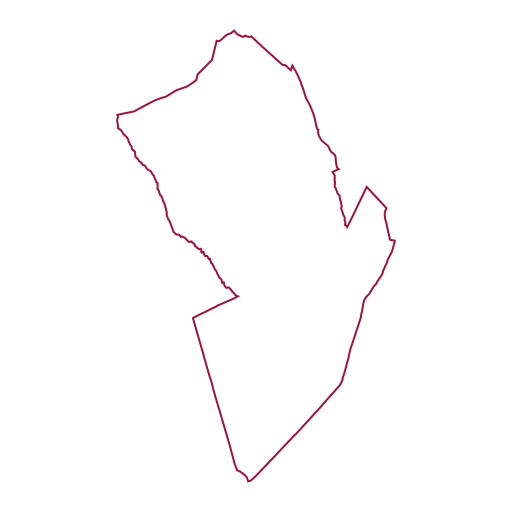 outline of Wajir West, North-Eastern, Kenya
{"feature_id": "3690345B86127058354537", "entity_name": "Wajir West", "entity_type": "district", "adm_level": 2, "iso_a3": "KEN", "parent_name": "Kenya", "parent_adm1": "North-Eastern", "projection": "equal_earth", "projection_center": [39.437, 1.649], "detail": "fine", "context": "isolated", "style": "outline", "palette": "rose", "viewbox_px": 512, "rotation_deg": 0, "n_neighbors": 0, "source": "geoboundaries", "source_scale": "gbopen_adm2", "svg_char_len": 6060}
<svg xmlns="http://www.w3.org/2000/svg" viewBox="0 0 512 512"><path d="M117.4,114.8L117.7,115.7L118.0,116.9L117.4,118.8L117.2,120.4L117.2,121.3L117.3,122.1L117.9,124.9L118.0,125.5L118.0,127.5L118.2,128.4L118.4,128.6L119.5,129.1L120.8,129.9L121.0,130.1L122.5,132.4L123.4,134.0L124.0,134.6L124.7,135.0L125.0,135.2L125.4,136.1L126.6,136.9L126.9,137.4L127.3,138.3L127.9,138.8L128.1,139.3L128.5,140.8L128.8,141.9L129.1,142.4L129.7,143.8L130.4,145.0L131.4,146.2L131.6,146.9L131.9,148.4L132.2,149.4L132.7,149.8L134.5,151.2L134.7,151.5L135.1,152.0L135.2,152.6L135.2,153.0L135.1,153.9L135.3,155.3L135.4,156.2L135.7,157.0L136.0,157.3L136.7,157.8L137.4,158.8L138.1,159.4L138.9,160.8L139.2,161.2L140.0,161.8L140.5,162.3L141.1,162.4L141.3,162.6L141.6,162.9L142.3,164.4L142.8,165.0L143.2,165.3L144.1,165.3L144.7,165.6L145.2,166.0L146.2,167.9L147.2,169.1L148.4,169.8L149.1,170.4L150.1,170.7L151.0,171.5L151.3,171.9L152.3,173.9L152.8,174.6L153.8,175.6L154.0,175.9L154.1,176.3L154.2,177.3L154.6,178.1L156.0,180.7L156.1,181.0L156.3,182.1L156.9,182.7L157.7,183.2L157.4,184.2L157.6,185.3L157.7,187.2L157.6,187.7L157.3,188.7L157.6,189.2L158.3,189.9L158.8,190.6L159.3,192.6L159.9,194.3L160.5,195.2L161.9,197.1L162.3,197.8L162.5,198.7L162.6,199.7L162.9,200.5L163.3,201.9L164.2,202.8L165.2,206.2L165.5,207.4L165.8,208.5L166.1,210.0L166.6,211.5L166.8,212.9L166.7,214.4L166.7,215.1L167.1,216.0L167.8,218.3L168.4,219.4L169.8,221.6L170.6,223.8L171.1,224.8L171.4,226.1L171.8,227.0L172.4,228.5L172.6,229.4L173.4,231.3L173.5,231.7L173.8,232.2L176.3,234.4L177.0,234.6L178.0,234.5L178.4,234.6L179.0,235.0L179.6,235.1L180.2,235.9L180.8,236.7L181.5,236.4L181.8,236.5L183.0,237.1L184.3,237.5L184.8,237.7L185.0,237.9L185.9,239.0L187.1,240.1L188.1,241.3L188.9,241.9L189.6,242.0L190.5,241.7L191.5,241.4L191.9,242.1L192.7,242.5L193.3,243.2L193.5,243.3L193.9,243.8L194.5,244.2L194.7,244.4L194.8,245.6L194.9,246.0L195.1,246.2L195.8,246.5L196.4,246.9L197.2,247.9L198.2,248.4L198.8,249.1L200.2,248.8L200.6,248.7L201.0,248.9L201.2,249.5L201.3,251.4L201.4,251.8L201.4,252.1L201.7,252.6L201.9,252.8L202.4,252.4L202.7,251.8L203.1,251.8L203.4,252.0L203.7,252.5L204.2,254.4L204.8,255.7L205.0,255.9L205.4,256.0L206.7,255.9L207.4,256.3L207.6,256.7L208.0,257.5L208.6,259.0L208.8,259.2L209.2,259.3L210.0,258.8L210.2,259.0L210.5,260.6L210.9,261.7L211.2,263.2L212.5,264.0L212.8,264.6L213.1,265.6L213.2,265.9L214.0,266.9L214.1,267.2L214.5,268.5L214.8,269.2L215.0,269.5L216.3,271.1L216.7,271.9L217.1,273.2L217.6,274.2L218.2,275.0L219.3,277.6L220.2,278.3L220.9,278.7L221.5,279.6L221.6,280.2L221.8,281.6L222.0,282.5L222.2,282.8L222.8,282.7L223.3,282.4L223.7,282.3L224.0,282.8L224.0,283.6L224.1,284.4L224.6,285.7L224.8,286.2L226.4,287.8L227.2,287.8L228.5,287.4L229.0,287.5L229.4,287.9L230.0,288.6L231.4,290.1L232.2,291.5L233.3,292.7L234.4,293.6L235.0,294.5L235.7,295.3L236.3,295.7L237.9,296.3L234.6,298.1L218.0,305.4L216.9,305.9L216.2,306.6L215.8,306.8L210.7,309.1L204.7,312.2L200.5,314.1L193.1,317.9L193.1,318.7L203.6,355.1L204.1,357.3L210.2,378.4L211.0,380.1L213.3,389.3L216.3,399.8L219.9,411.8L229.3,443.9L234.5,463.2L235.2,465.1L236.5,468.5L237.0,470.2L238.3,470.8L239.8,471.4L241.2,472.3L244.8,475.1L246.1,476.6L247.1,477.7L247.4,479.2L247.9,480.3L248.1,481.3L248.6,481.1L250.1,480.9L250.8,480.5L253.2,478.5L256.1,475.7L259.9,471.7L268.6,462.6L276.0,454.8L293.6,436.1L296.7,433.1L307.1,421.8L320.0,407.7L321.8,405.6L330.0,396.2L338.4,386.9L339.9,385.2L341.8,381.6L342.1,380.9L342.5,379.2L342.7,378.1L344.5,372.6L345.1,370.6L346.0,366.8L348.3,358.4L349.4,353.3L350.2,350.0L350.5,348.7L351.5,345.9L353.7,339.2L354.9,335.7L356.0,332.1L357.2,328.7L360.7,317.9L360.9,316.7L361.1,315.2L361.9,311.4L362.4,308.9L363.1,304.7L363.6,302.2L364.0,300.8L365.2,298.4L365.8,297.5L366.5,296.6L369.0,294.1L369.5,293.6L373.9,286.2L374.6,285.4L375.8,284.3L376.5,283.2L377.6,280.9L378.1,280.3L378.6,279.7L379.4,278.5L381.5,275.3L382.6,273.1L382.8,271.9L383.3,270.4L383.6,269.7L384.1,268.9L385.1,266.4L386.6,263.3L387.3,261.8L387.4,260.8L387.5,260.1L387.9,259.4L390.7,253.9L391.3,252.9L391.8,251.8L392.5,249.7L394.6,242.0L394.8,240.6L393.3,240.3L391.1,240.0L390.0,239.7L388.1,231.2L386.7,225.0L386.7,224.3L385.7,221.0L385.0,217.8L384.8,216.1L384.7,214.6L384.8,212.1L385.2,211.0L386.2,209.2L386.4,208.1L366.7,186.9L351.4,218.7L347.2,227.1L346.7,225.9L346.2,225.5L345.7,225.5L345.2,225.2L344.9,224.4L345.0,224.0L345.3,223.5L345.5,222.7L345.2,221.6L344.8,220.7L344.5,219.8L344.7,218.6L344.8,217.8L344.5,216.9L343.8,215.8L343.3,214.7L342.0,210.6L341.6,209.7L341.2,208.6L341.2,208.4L341.2,208.0L341.6,207.0L341.7,206.4L341.7,205.8L341.3,204.5L341.2,204.1L341.2,202.5L340.9,202.0L340.7,201.3L340.3,200.0L339.8,197.7L339.7,196.6L339.5,195.6L339.0,194.9L338.3,194.4L337.8,193.7L337.3,192.7L337.2,192.1L336.5,190.6L336.4,190.1L336.0,189.0L335.3,187.8L335.1,187.1L334.7,186.3L334.7,184.8L334.7,184.5L335.1,183.7L334.9,183.2L334.8,182.8L335.0,182.4L335.0,181.7L334.6,180.8L334.5,180.3L334.6,179.5L334.7,179.3L334.7,178.1L334.7,177.8L334.7,176.8L334.7,175.9L334.6,175.4L334.5,175.1L332.6,171.9L338.7,169.1L337.6,168.2L336.9,167.2L336.6,166.1L335.8,160.8L335.7,159.1L335.5,156.9L335.2,155.6L334.1,154.2L332.7,153.0L331.3,152.1L330.1,150.2L329.3,148.5L327.8,145.7L322.0,140.9L320.7,139.2L318.7,135.2L318.3,133.7L318.1,131.8L318.3,129.8L318.0,129.7L317.3,129.3L316.3,126.1L314.9,119.1L313.9,115.3L312.1,110.6L310.4,106.4L309.6,104.8L308.8,103.0L306.3,98.8L305.7,97.1L302.9,88.2L302.3,86.5L301.3,84.1L300.7,82.1L298.4,76.6L295.6,71.0L294.6,69.5L292.4,65.7L290.8,70.3L285.1,65.0L284.2,65.1L282.6,64.9L281.2,63.7L274.9,58.0L262.5,46.9L251.3,36.3L251.1,36.5L250.0,36.8L249.0,36.9L247.7,36.6L246.5,36.3L246.1,36.1L245.8,35.7L245.5,35.6L245.2,35.6L243.4,36.8L242.8,36.9L237.7,34.6L234.0,30.7L232.2,32.2L231.3,33.1L229.6,33.6L227.4,34.5L225.1,36.1L222.3,38.8L219.8,40.8L219.0,41.1L217.7,41.0L216.7,40.7L212.0,59.9L197.6,74.4L196.3,80.0L192.7,82.8L187.6,86.2L185.3,87.2L183.5,87.7L178.6,89.5L177.4,89.8L173.6,91.9L168.3,95.2L165.6,96.8L164.0,97.3L161.3,97.9L154.8,100.4L145.0,105.5L134.0,111.4L117.4,114.8Z" fill="none" stroke="#9f1239" stroke-width="2"/></svg>